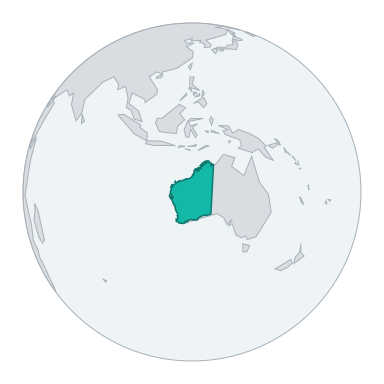 Western Australia highlighted on a globe, orthographic projection
{"feature_id": "AUS-2651", "entity_name": "Western Australia", "entity_type": "State", "adm_level": 1, "iso_a3": "AUS", "parent_name": "Australia", "parent_adm1": "", "projection": "orthographic", "projection_center": [121.445, -24.431], "detail": "fine", "context": "on_globe", "style": "filled", "palette": "teal", "viewbox_px": 384, "rotation_deg": 0, "n_neighbors": 0, "source": "natural_earth", "source_scale": "10m", "svg_char_len": 10833}
<svg xmlns="http://www.w3.org/2000/svg" viewBox="0 0 384 384"><circle cx="192" cy="192" r="169" fill="#eef3f6" stroke="#a8b0b8"/><path d="M330.5,199.5L330.3,200.8L330.2,200.9L330.5,199.5ZM346.0,122.4L345.6,121.6L346.0,122.4ZM249.5,33.1L249.8,33.3L252.3,34.2L255.4,35.7L253.5,36.6L244.4,31.8L244.9,31.5L249.5,33.1ZM238.5,29.6L238.1,29.5L240.0,30.1L222.8,26.5L215.1,27.2L223.3,28.5L227.3,30.2L225.7,34.6L205.8,40.2L210.9,44.5L210.4,46.9L204.3,47.7L204.8,44.0L199.6,42.2L200.8,40.3L191.1,41.0L192.4,38.4L184.2,40.7L186.1,43.0L194.1,43.0L186.5,46.7L193.2,51.7L192.6,57.7L176.9,68.3L162.9,71.9L161.8,74.2L156.9,71.8L149.3,76.7L157.5,89.8L156.9,94.0L145.1,102.7L145.1,99.5L132.2,93.0L128.9,103.5L138.7,111.2L142.0,121.8L134.1,119.0L130.9,110.0L126.3,107.5L128.1,98.3L125.5,86.3L117.6,89.8L118.8,84.8L114.0,76.7L103.0,82.0L85.1,99.2L81.7,112.9L76.0,120.8L71.5,104.6L73.6,93.1L69.4,96.1L66.9,89.8L55.2,97.6L55.8,95.5L53.1,98.7L51.7,98.9L53.6,95.4L51.7,97.9L47.3,107.2L49.6,104.7L54.7,97.2L52.8,101.5L54.5,102.9L44.4,119.5L30.8,144.1L33.3,134.6L35.0,129.7L39.7,118.8L45.2,108.3L51.4,98.3L58.3,88.7L65.9,79.5L74.1,71.0L82.9,63.0L92.2,55.7L101.9,49.0L112.2,43.1L122.8,37.9L133.8,33.4L145.0,29.7L156.5,26.8L168.2,24.7L179.9,23.5L191.8,23.0L203.6,23.4L215.4,24.7L227.0,26.7L238.5,29.6ZM31.7,138.6L30.5,144.9L29.8,147.3L30.2,148.5L36.4,136.9L35.6,140.6L30.3,161.1L25.1,195.1L28.1,210.0L31.5,224.6L33.3,240.2L38.2,250.4L39.8,257.5L43.3,263.8L47.4,273.0L52.5,283.6L55.8,291.4L52.0,286.4L49.6,282.9L43.2,272.1L37.7,260.9L33.0,249.3L29.2,237.3L26.3,225.1L24.3,212.8L23.2,200.3L23.1,187.8L23.9,175.2L25.6,162.8L28.2,150.6L31.7,138.6ZM66.1,79.3L67.6,77.7L70.8,74.3L66.1,79.3ZM74.7,70.4L74.8,70.3L74.7,70.4ZM103.4,279.3L106.9,281.0L105.2,282.1L103.4,279.3ZM37.9,210.4L44.5,239.8L42.5,243.2L38.7,236.5L33.9,219.9L35.0,211.8L34.6,203.3L37.9,210.4ZM184.8,148.7L190.1,149.8L189.9,150.6L184.8,148.7ZM179.3,145.7L185.2,146.3L178.3,147.4L179.3,145.7ZM187.6,146.5L193.6,145.5L196.3,144.5L195.8,146.1L187.6,146.5ZM175.3,145.6L153.9,145.4L145.5,143.7L147.4,140.8L160.9,141.1L175.3,145.6ZM146.7,140.7L134.2,133.9L117.9,114.9L123.7,114.3L140.9,125.1L139.8,127.5L147.4,132.9L146.7,140.7ZM177.6,126.4L176.4,133.4L164.5,132.5L159.2,131.4L155.5,122.7L157.5,118.2L161.9,118.3L179.4,104.3L185.4,108.0L179.8,113.7L184.8,119.8L177.6,126.4ZM82.1,114.0L84.5,121.3L81.5,123.6L82.1,114.0ZM186.9,95.2L179.6,100.7L186.4,93.2L186.9,95.2ZM191.2,88.3L191.5,91.2L188.8,88.2L191.2,88.3ZM161.2,77.8L156.5,78.5L156.6,76.7L162.7,74.7L161.2,77.8ZM192.1,63.1L191.3,68.0L190.1,69.6L188.4,66.5L192.1,63.1ZM290.7,259.4L292.4,263.0L287.5,267.3L281.0,270.7L275.0,269.0L290.7,259.4ZM243.0,251.9L242.7,243.7L249.7,245.5L246.9,251.7L243.0,251.9ZM295.3,257.0L299.6,252.2L301.1,243.2L300.7,252.2L304.2,256.0L293.8,263.5L295.3,257.0ZM216.7,213.7L183.8,223.3L176.4,221.0L177.9,215.1L170.6,197.6L173.0,198.0L171.1,186.8L190.4,178.0L204.1,162.3L215.2,164.9L223.4,154.4L234.9,157.6L231.6,166.3L243.8,175.8L251.7,156.4L259.4,182.1L268.4,194.3L271.2,212.3L256.1,236.7L247.2,239.6L245.4,236.0L241.7,238.0L235.8,234.8L232.2,223.7L228.6,225.8L232.0,219.3L226.8,224.5L223.6,217.5L216.7,213.7ZM299.4,196.6L301.1,198.3L303.9,204.8L301.1,202.1L299.4,196.6ZM326.0,200.9L326.8,203.9L325.0,202.8L326.0,200.9ZM330.2,200.9L328.0,199.7L330.5,199.5L330.2,200.9ZM308.4,187.2L309.3,189.4L308.6,189.5L308.4,187.2ZM307.7,186.3L308.8,184.5L308.6,186.9L307.7,186.3ZM299.2,168.5L300.3,167.9L300.8,169.1L299.2,168.5ZM197.8,150.6L205.1,145.6L209.2,145.7L197.8,150.6ZM297.7,165.2L295.0,163.6L295.3,162.5L297.7,165.2ZM297.8,162.5L297.5,160.6L299.2,165.5L297.8,162.5ZM292.7,156.2L296.0,160.7L292.3,156.4L292.7,156.2ZM290.7,155.7L288.3,153.3L288.5,152.9L290.7,155.7ZM264.3,147.4L273.1,160.3L266.1,157.5L258.2,148.8L252.2,152.6L238.5,148.1L241.6,145.4L239.7,139.7L225.7,134.7L222.9,131.0L227.8,129.7L218.6,125.5L228.7,125.9L232.8,133.4L238.5,129.4L248.5,133.2L258.2,138.2L266.2,146.0L264.3,147.4ZM228.8,140.7L230.6,141.0L229.1,142.8L228.8,140.7ZM283.8,147.5L287.3,152.4L286.9,153.0L285.2,151.8L283.8,147.5ZM268.0,145.4L276.5,142.9L278.5,143.8L272.9,148.1L268.0,145.4ZM274.4,138.4L278.4,140.8L280.5,144.8L279.7,145.3L274.4,138.4ZM208.3,130.9L208.0,132.8L205.4,131.0L208.3,130.9ZM211.7,130.3L219.5,133.6L211.0,131.8L211.7,130.3ZM188.3,121.5L190.5,125.9L197.6,123.8L192.2,127.3L197.1,134.9L195.5,137.6L190.6,129.2L189.0,137.3L185.9,136.9L184.1,129.8L187.2,121.7L190.4,118.6L203.2,118.5L188.3,121.5ZM211.6,125.0L209.5,119.8L211.1,116.8L213.3,119.7L211.6,125.0ZM203.6,107.7L198.3,101.9L193.4,103.4L203.5,97.2L206.9,103.7L203.6,107.7ZM199.4,95.9L194.7,97.2L199.6,93.6L199.4,95.9ZM193.6,95.4L193.3,91.9L196.8,92.7L193.6,95.4ZM201.7,96.3L202.9,90.5L204.5,94.1L201.7,96.3ZM192.2,84.4L199.6,90.5L189.7,87.3L190.0,76.9L194.2,77.0L192.2,84.4ZM220.5,51.3L219.9,49.1L223.9,49.3L223.2,50.7L220.5,51.3ZM236.5,49.4L224.8,48.8L215.3,49.0L217.9,50.4L215.3,53.6L211.6,49.7L218.7,47.0L225.8,47.5L227.4,45.1L233.0,44.6L232.6,41.6L235.2,41.0L237.7,44.1L236.5,49.4ZM232.1,40.4L233.5,36.4L240.9,38.7L242.2,40.1L238.5,40.8L234.8,39.5L232.1,40.4ZM236.0,36.2L232.4,35.0L226.9,29.5L227.6,29.0L235.7,33.8L232.8,33.0L232.8,34.2L236.0,36.2Z" fill="#d9dde1" stroke="#a8b0b8" stroke-width="1"/><path d="M210.9,213.9L208.9,214.7L206.5,215.4L205.0,215.4L203.8,215.1L203.4,215.2L202.2,216.0L200.8,216.5L200.4,216.9L199.1,217.2L198.5,217.7L198.2,218.9L197.1,219.9L196.7,219.8L196.2,220.1L196.1,219.8L195.9,219.7L194.8,219.8L194.7,220.0L194.2,219.8L194.0,220.0L193.6,220.1L193.5,219.8L193.4,219.6L192.9,219.8L191.7,219.6L191.3,219.7L189.8,219.8L189.4,220.0L188.5,219.9L188.0,220.1L187.4,220.5L187.2,221.0L187.4,221.2L187.0,221.2L186.9,221.6L186.8,221.4L186.6,221.7L186.3,221.5L185.7,221.5L185.8,221.6L185.4,221.8L185.4,222.0L184.7,222.3L184.6,222.8L184.1,222.9L184.2,223.1L183.9,223.1L183.3,223.2L183.7,223.4L182.9,223.2L182.8,223.5L182.1,223.2L181.7,223.2L181.6,223.3L180.6,223.2L180.4,223.3L179.8,223.1L180.1,223.0L179.8,222.8L179.8,223.0L178.8,222.8L178.6,222.4L177.8,221.7L177.0,221.3L176.8,221.3L176.6,221.5L176.3,221.2L176.2,220.1L176.2,219.1L176.7,219.4L177.1,219.3L177.5,219.0L177.7,218.4L177.9,218.3L177.8,218.0L177.8,218.3L177.8,217.5L177.5,216.5L177.7,216.1L177.6,216.5L177.8,216.8L177.7,216.4L177.9,216.3L177.8,216.1L177.8,215.5L177.6,215.4L177.8,215.3L177.8,215.1L177.7,213.9L176.5,211.6L176.2,211.2L175.8,210.3L175.4,208.9L175.4,207.3L175.0,206.2L174.4,205.4L174.1,204.5L173.1,203.3L172.9,202.6L173.0,202.1L172.6,201.0L171.4,199.2L170.6,198.5L170.1,197.7L170.5,198.0L170.5,197.2L170.6,198.1L170.8,198.4L170.7,197.3L170.8,197.8L170.9,197.7L171.1,198.6L171.2,198.1L171.3,198.9L171.4,198.5L171.6,199.1L171.9,198.9L172.1,198.7L172.1,198.2L171.8,197.9L171.5,197.9L171.2,197.5L171.2,197.0L170.8,196.4L171.0,195.8L171.0,196.1L171.6,196.6L171.7,196.9L171.6,197.8L171.8,197.8L171.9,197.5L171.9,197.0L172.1,197.1L172.1,197.5L172.4,198.3L172.7,198.5L173.0,198.1L172.8,197.1L173.0,197.1L173.0,196.7L172.7,196.5L171.7,194.7L171.4,194.6L171.1,193.5L170.4,192.6L170.5,191.1L170.9,190.2L171.3,189.7L171.2,188.8L171.3,188.5L171.3,188.1L171.2,187.7L170.9,187.6L170.8,187.1L171.8,184.9L172.2,184.8L171.9,185.9L172.0,186.3L172.1,186.8L172.3,186.9L172.5,186.6L172.7,186.8L173.1,185.8L173.0,185.3L173.4,184.8L175.7,183.7L176.0,183.2L176.6,182.9L176.9,182.4L177.4,182.1L177.6,181.7L178.3,181.6L178.9,181.1L179.2,180.7L179.3,180.7L179.2,181.1L179.4,181.3L180.2,180.9L180.2,181.1L180.6,181.2L181.6,181.1L182.1,180.9L182.9,180.1L184.7,179.8L185.5,178.9L185.7,179.0L185.8,178.9L186.5,179.0L186.9,179.2L187.3,178.9L188.7,178.7L190.6,177.9L191.3,177.4L191.9,176.7L192.6,175.5L192.5,175.2L192.9,175.0L192.8,174.8L193.0,174.4L193.3,174.4L194.5,173.4L194.5,173.0L194.0,173.0L194.1,172.8L194.1,172.2L194.0,171.8L194.0,170.9L194.3,170.4L194.9,170.1L194.9,169.9L195.2,170.1L195.1,169.8L195.2,169.5L195.9,169.5L195.7,169.3L195.7,169.0L196.1,168.7L196.5,168.4L196.4,168.5L196.5,168.6L196.4,168.6L196.3,168.9L196.5,169.3L196.8,169.3L196.7,169.5L196.8,169.6L196.8,169.9L197.1,170.2L198.0,171.9L198.0,171.3L198.2,170.7L198.1,170.2L199.0,170.8L198.6,170.2L198.8,170.3L198.8,170.1L199.1,169.7L198.9,169.8L198.6,169.9L198.4,169.4L197.8,169.2L198.1,168.9L197.8,168.9L197.6,168.7L197.8,168.7L197.7,168.6L198.2,168.8L198.2,168.7L197.8,168.5L198.4,168.5L198.2,168.3L198.4,168.4L197.9,168.0L198.0,167.8L198.5,167.7L198.7,167.8L198.7,168.0L198.8,168.2L198.8,168.5L198.9,168.3L199.2,168.4L199.1,168.1L199.0,167.9L199.6,168.1L199.9,168.5L200.2,168.5L200.3,168.3L201.7,168.6L201.2,168.3L200.4,168.3L200.3,167.9L200.5,167.5L200.7,167.8L200.9,167.7L201.0,167.0L201.3,166.8L201.0,166.8L200.6,167.3L200.5,166.8L200.4,167.0L200.3,166.4L200.5,166.2L200.3,165.9L200.5,165.9L201.0,165.9L201.1,165.6L201.2,165.8L201.3,165.5L201.2,165.4L201.2,165.2L201.4,165.3L201.5,165.3L201.6,165.5L201.9,165.5L202.1,165.7L202.0,165.8L202.3,165.8L202.6,166.0L202.3,165.7L202.5,165.4L202.2,165.3L201.9,165.4L202.3,164.9L201.7,165.2L201.6,164.9L201.8,164.7L202.0,164.8L202.2,164.7L202.1,164.4L202.4,164.4L202.3,164.5L202.5,164.6L202.6,164.9L202.5,164.5L202.9,164.9L203.3,164.9L203.2,164.6L203.3,164.5L202.7,164.3L203.0,164.1L202.7,164.0L202.5,163.7L203.0,163.4L202.8,163.3L203.1,163.0L203.1,163.3L203.3,163.1L203.4,163.4L203.6,163.0L203.8,163.2L203.8,162.3L204.2,162.4L204.2,162.6L204.1,163.1L204.0,163.4L204.2,162.8L204.2,163.0L204.6,162.9L204.5,163.3L204.8,163.5L204.8,163.1L205.1,163.1L204.9,162.7L205.2,162.6L205.2,162.3L205.4,162.2L205.4,161.9L205.0,161.8L205.0,161.6L205.3,161.7L205.1,161.4L205.3,161.3L205.5,161.4L205.3,161.7L205.7,161.5L205.5,161.9L205.6,162.1L205.8,162.3L206.0,162.2L205.9,162.0L206.0,161.8L206.3,161.6L206.6,161.5L206.3,161.9L206.5,161.9L206.4,162.0L206.6,162.1L206.7,162.4L206.9,161.9L207.0,162.0L207.1,161.9L207.0,161.6L207.5,161.6L207.2,161.1L207.4,161.0L207.5,161.1L207.4,161.0L207.8,160.9L208.1,161.2L208.0,161.4L208.2,161.7L208.3,161.4L208.4,161.6L208.6,161.4L208.8,161.7L209.1,161.6L209.1,161.9L209.8,162.3L210.5,163.5L211.3,163.9L211.2,164.1L211.2,164.3L210.7,165.6L210.8,165.9L210.7,166.2L210.9,166.0L211.0,165.3L211.4,166.0L211.2,164.9L211.5,164.5L211.6,164.9L211.8,164.9L211.8,164.2L212.2,164.1L213.5,164.5L210.9,213.9ZM170.1,197.1L170.3,197.7L169.5,196.6L169.4,195.9L169.5,195.8L170.0,197.0L170.1,197.1ZM175.5,181.5L175.4,181.8L175.1,181.9L175.4,181.3L175.5,181.5ZM200.9,165.4L201.1,165.6L200.8,165.7L200.6,165.5L200.9,165.1L200.9,165.4ZM202.6,162.8L202.7,163.3L202.4,163.1L202.5,163.2L202.6,162.8ZM211.6,164.4L211.9,164.9L211.6,164.7L211.6,164.4ZM211.0,164.9L211.2,165.2L211.1,165.3L211.0,165.2L211.0,164.9ZM169.7,195.2L169.7,194.5L169.8,194.4L169.7,195.2ZM169.8,194.0L169.8,194.3L169.9,193.6L169.8,194.0ZM200.4,165.2L200.5,165.3L200.2,165.3L200.4,165.2ZM201.9,164.3L201.9,164.5L201.7,164.4L201.9,164.3ZM206.5,161.3L206.8,161.4L206.5,161.4L206.5,161.3ZM177.0,214.6L177.3,214.6L177.0,214.6ZM177.6,215.0L177.6,215.3L177.6,215.2L177.6,215.0Z" fill="#14b8a6" stroke="#0f766e" stroke-width="1.5"/></svg>